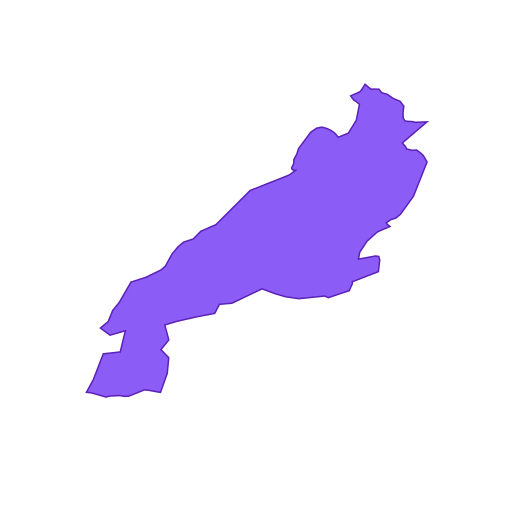 the Municipality of Ogre, rotated 326°
{"feature_id": "LVA-1088", "entity_name": "Ogre", "entity_type": "Municipality", "adm_level": 1, "iso_a3": "LVA", "parent_name": "Latvia", "parent_adm1": "", "projection": "equal_earth", "projection_center": [25.166, 56.846], "detail": "fine", "context": "isolated", "style": "filled", "palette": "violet", "viewbox_px": 512, "rotation_deg": 326, "n_neighbors": 0, "source": "natural_earth", "source_scale": "10m", "svg_char_len": 1571}
<svg xmlns="http://www.w3.org/2000/svg" viewBox="0 0 512 512"><g transform="rotate(326 256 256)"><path d="M433.8,177.9L435.5,177.6L442.4,174.6L444.5,181.8L451.2,186.4L451.5,191.0L455.3,195.4L458.0,202.4L462.0,208.3L462.3,214.5L458.6,218.7L456.4,221.9L455.1,224.4L455.0,227.3L457.2,229.3L460.3,231.6L463.1,234.4L472.8,240.4L440.6,244.1L441.1,249.7L440.7,251.4L444.4,255.6L448.4,257.9L450.1,262.8L450.9,266.3L450.4,273.7L420.0,294.5L399.3,302.1L393.4,302.8L387.6,301.2L382.4,301.4L382.6,303.2L383.6,306.4L370.1,303.9L356.3,305.8L344.1,310.9L339.2,315.9L355.3,322.9L357.6,325.1L356.9,326.7L356.4,328.5L348.7,337.4L321.5,331.2L320.5,332.8L313.8,336.9L302.9,333.8L292.7,331.0L290.7,327.7L267.6,315.3L257.5,306.1L250.5,297.6L242.6,286.6L226.6,284.2L209.6,281.7L198.7,275.6L189.7,280.5L172.7,273.2L153.8,265.9L141.8,262.2L136.8,276.8L124.8,280.5L126.8,291.5L116.8,303.7L100.5,315.7L91.2,306.6L88.3,304.5L79.8,302.7L72.0,301.0L68.3,298.7L65.1,295.6L56.0,290.1L52.9,289.2L43.0,277.4L39.2,274.2L52.2,267.4L74.7,251.7L89.8,259.6L105.9,244.9L90.7,240.0L86.7,228.7L96.8,227.7L106.7,221.0L116.7,218.0L137.8,207.7L152.5,212.0L169.1,214.4L175.0,213.8L187.7,207.3L196.4,204.8L203.8,204.0L213.5,206.8L224.1,204.6L240.3,207.6L287.8,198.4L328.8,207.4L336.7,207.1L335.2,205.9L334.4,204.5L334.7,202.9L339.0,200.4L341.2,197.3L347.0,194.2L351.2,190.8L370.5,184.0L377.8,183.9L382.7,186.0L385.9,189.7L388.3,193.6L389.7,197.2L390.3,199.9L390.6,203.5L401.2,205.8L415.0,199.6L426.6,188.1L425.4,183.9L424.2,181.4L424.0,176.2L433.8,177.9Z" fill="#8b5cf6" stroke="#5b21b6" stroke-width="1.5"/></g></svg>